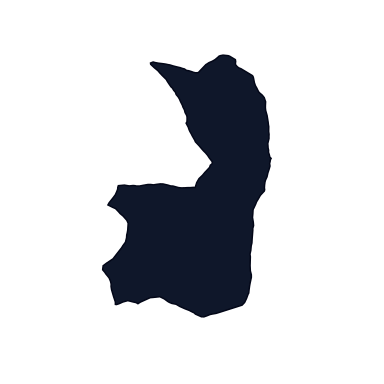 Odigbo, Ondo, Nigeria (Natural Earth projection), rotated 121°
{"feature_id": "59680162B61774592523326", "entity_name": "Odigbo", "entity_type": "district", "adm_level": 2, "iso_a3": "NGA", "parent_name": "Nigeria", "parent_adm1": "Ondo", "projection": "natural_earth1", "projection_center": [4.681, 6.732], "detail": "fine", "context": "isolated", "style": "filled", "palette": "ink", "viewbox_px": 384, "rotation_deg": 121, "n_neighbors": 0, "source": "geoboundaries", "source_scale": "gbopen_adm2", "svg_char_len": 3620}
<svg xmlns="http://www.w3.org/2000/svg" viewBox="0 0 384 384"><g transform="rotate(121 192 192)"><path d="M246.4,257.4L246.0,252.1L245.6,249.0L246.7,244.9L247.5,242.5L248.1,238.7L249.8,233.3L251.7,230.6L257.7,227.5L260.0,226.6L262.5,225.8L265.0,224.5L269.3,223.2L273.6,223.6L276.1,223.6L278.3,223.9L283.2,224.5L290.0,225.3L297.0,228.6L300.3,229.9L300.9,230.2L303.7,229.0L304.7,228.5L305.8,225.2L306.5,223.9L308.3,218.9L310.4,216.0L312.5,213.9L314.7,212.7L317.2,210.6L322.0,205.4L325.0,201.9L325.7,201.1L327.8,199.8L327.4,198.8L325.6,197.2L323.8,195.9L322.0,194.7L318.2,191.1L317.4,188.6L316.7,186.2L315.6,182.9L315.6,180.8L313.1,179.6L304.1,173.4L302.6,171.3L298.3,165.6L297.9,160.6L298.3,156.6L298.3,154.8L297.9,151.9L296.4,147.8L296.4,143.6L296.0,140.3L295.7,137.8L294.9,133.3L294.8,131.1L294.5,127.9L294.9,126.2L294.5,122.9L294.1,119.6L292.8,117.4L290.5,115.5L287.7,113.4L286.2,111.8L283.7,108.9L281.5,106.9L263.2,90.8L259.6,90.0L255.3,90.4L250.6,91.3L249.5,91.3L248.8,91.6L246.7,92.6L242.7,94.3L240.6,95.1L234.5,97.2L232.4,98.5L229.5,101.4L225.2,104.3L217.5,108.6L215.4,110.3L211.8,111.5L207.7,113.5L204.8,114.4L201.6,116.1L198.4,117.7L193.8,120.0L193.4,120.2L192.0,121.1L189.1,121.9L186.2,124.0L182.7,127.0L179.4,128.6L176.2,130.3L175.1,130.7L174.1,130.7L169.4,131.2L167.3,131.6L164.0,131.6L159.7,131.7L155.8,130.9L154.0,130.5L152.6,130.9L151.1,132.1L148.6,133.4L145.8,134.6L144.0,135.1L140.4,135.5L136.5,136.8L132.9,137.6L132.5,137.7L129.6,138.5L127.5,140.2L126.0,140.6L125.0,141.0L123.9,141.4L122.4,141.5L122.1,143.1L120.0,145.2L118.6,146.8L117.1,147.7L116.8,147.8L115.0,149.5L113.2,150.7L111.4,152.0L106.4,153.6L105.0,154.5L102.8,155.7L100.7,157.4L96.4,159.9L94.9,161.2L92.8,162.8L87.8,167.0L84.2,170.8L82.1,172.4L79.9,173.7L76.7,175.4L75.7,176.6L73.9,178.7L72.8,181.6L72.5,183.3L72.1,185.8L71.0,187.8L69.6,189.9L68.2,192.4L66.1,194.9L62.5,198.1L61.4,199.4L61.1,200.5L61.1,203.1L61.1,205.6L61.1,208.1L61.1,211.0L61.1,213.5L61.5,216.0L61.2,218.0L60.5,220.1L59.4,221.0L57.6,221.8L56.2,223.0L56.2,225.5L56.2,227.6L56.2,229.7L56.5,231.2L57.1,232.5L57.7,233.8L58.7,235.9L60.5,237.9L61.6,238.8L63.1,239.2L66.6,240.4L68.1,241.2L69.5,242.0L70.6,242.8L72.4,244.1L74.9,245.3L75.6,245.7L82.7,247.3L86.4,248.1L87.9,250.2L88.6,252.2L89.0,254.3L89.7,257.2L90.6,259.4L90.4,261.8L91.1,264.2L91.5,266.3L91.6,266.5L92.6,269.6L93.7,273.3L94.4,276.2L94.5,276.5L95.2,278.3L95.9,280.4L97.3,283.7L98.8,287.0L99.9,289.9L100.6,292.3L102.8,294.0L103.8,293.2L104.2,291.5L104.9,288.2L105.2,286.1L105.6,283.6L106.6,280.7L107.0,279.1L107.4,277.8L108.1,274.9L108.8,272.0L109.8,270.3L111.2,267.4L112.7,264.1L113.0,262.4L114.3,260.0L114.5,259.3L115.1,257.5L116.6,255.8L117.6,252.9L118.7,250.8L120.5,248.3L122.3,245.4L122.4,245.2L124.0,243.3L125.5,240.8L127.5,238.8L128.0,237.9L129.0,236.2L130.1,235.0L132.2,233.7L134.4,232.5L136.0,232.5L137.3,230.4L138.3,228.7L140.1,226.6L141.2,225.0L142.6,222.5L143.7,220.8L146.2,216.3L147.2,215.0L148.5,210.4L148.6,210.0L150.0,205.9L150.8,203.4L151.5,200.5L152.0,199.1L152.5,197.6L153.9,194.7L155.7,190.1L157.5,189.3L159.6,190.1L161.8,189.6L167.5,190.8L168.2,191.0L172.2,191.6L176.9,192.9L181.5,192.8L182.7,192.5L186.6,191.6L187.3,193.2L189.1,195.7L190.9,198.6L192.3,200.6L194.1,203.5L195.2,206.0L196.0,208.9L196.7,211.4L197.8,213.4L198.5,216.3L199.2,218.4L200.0,220.9L201.4,223.4L203.6,226.2L205.7,228.7L206.8,231.2L208.3,233.7L211.5,237.4L213.4,239.5L213.7,239.8L215.5,242.7L215.9,244.0L216.4,245.1L216.9,246.0L219.1,248.9L220.9,253.5L224.5,258.4L226.3,258.0L227.8,257.2L230.6,256.7L233.9,256.3L237.8,256.7L241.0,257.1L243.9,257.5L246.4,257.4Z" fill="#0f172a" stroke="#020617" stroke-width="1.5"/></g></svg>